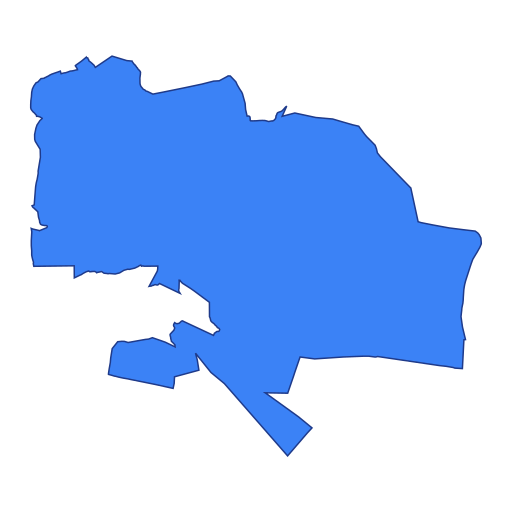 the district of Huixtán, Chiapas, Mexico
{"feature_id": "50627088B13883895679368", "entity_name": "Huixtán", "entity_type": "district", "adm_level": 2, "iso_a3": "MEX", "parent_name": "Mexico", "parent_adm1": "Chiapas", "projection": "robinson", "projection_center": [-92.432, 16.683], "detail": "fine", "context": "isolated", "style": "filled", "palette": "blue", "viewbox_px": 512, "rotation_deg": 0, "n_neighbors": 0, "source": "geoboundaries", "source_scale": "gbopen_adm2", "svg_char_len": 5864}
<svg xmlns="http://www.w3.org/2000/svg" viewBox="0 0 512 512"><path d="M228.1,75.9L227.2,76.5L219.2,80.8L213.7,81.1L201.9,84.1L184.9,87.7L161.7,92.4L152.9,94.1L147.3,91.4L146.1,91.1L145.8,90.9L144.9,90.0L143.4,89.3L143.0,89.0L142.7,88.5L142.0,87.7L140.9,86.4L140.4,85.1L140.1,84.1L140.0,83.1L139.9,78.1L140.3,74.9L140.4,74.6L140.4,74.0L140.5,72.7L140.5,72.2L140.1,71.3L138.8,69.8L138.2,69.2L137.7,68.7L137.4,67.9L136.7,67.4L136.4,66.7L135.9,66.0L135.2,65.4L134.9,64.7L134.1,64.2L132.2,61.6L132.1,61.1L126.8,60.6L112.0,56.1L95.3,67.4L94.1,65.3L91.5,62.9L88.8,60.7L88.6,59.5L88.1,59.0L87.7,57.9L86.1,57.6L86.1,57.3L81.4,61.2L75.8,65.2L75.3,65.8L76.7,67.8L77.4,69.1L77.5,69.7L75.9,70.0L74.1,70.5L72.2,70.9L70.2,71.1L67.3,72.2L65.4,72.8L64.2,72.9L63.4,73.1L61.1,73.7L60.3,71.1L58.2,71.9L54.6,73.1L53.8,73.4L53.0,73.7L52.0,74.0L51.4,74.3L49.7,75.1L48.9,75.7L48.2,76.0L47.7,76.4L47.0,76.6L45.6,77.4L44.9,77.6L44.3,78.2L43.9,78.2L43.0,78.4L41.0,78.6L37.9,82.0L36.0,82.8L33.8,86.0L32.4,89.0L31.7,92.3L31.4,96.9L30.9,100.5L30.7,104.6L30.7,107.9L31.2,109.5L33.1,111.9L34.1,112.7L34.7,113.3L35.7,114.5L36.4,115.2L36.6,116.3L37.7,116.3L39.9,116.9L42.2,118.3L42.2,118.5L39.9,120.6L37.0,125.0L35.9,128.3L34.6,134.6L34.7,139.4L35.3,141.4L40.1,149.2L40.2,150.0L40.4,157.3L38.1,171.1L38.2,173.0L38.0,174.5L37.4,177.9L37.1,179.6L36.6,181.4L36.2,183.2L35.9,185.0L35.6,186.9L34.2,204.9L32.0,205.8L32.6,206.9L33.2,207.6L33.7,207.9L34.1,208.2L34.4,208.7L34.7,208.9L35.0,209.0L35.3,209.5L35.9,209.9L36.5,210.6L36.8,210.8L37.8,211.8L38.5,217.2L39.6,220.9L39.6,222.1L40.0,223.0L40.5,224.2L40.8,224.4L41.6,224.8L41.9,225.0L42.3,225.1L43.0,225.2L43.3,225.3L45.2,225.6L45.5,225.5L46.6,225.6L47.0,225.8L47.3,226.3L47.3,226.6L47.1,227.1L46.7,227.7L39.4,230.7L39.1,230.5L32.7,229.0L31.2,228.4L31.8,231.7L31.3,240.7L31.3,245.6L31.4,247.0L31.7,250.7L31.7,255.1L32.1,257.2L32.7,259.7L33.5,262.2L33.3,263.5L33.3,263.8L33.8,266.3L74.2,265.8L74.3,277.9L80.1,275.1L81.4,274.6L82.8,273.6L84.8,272.5L86.4,271.7L88.7,271.0L89.8,271.8L91.0,271.7L91.3,271.7L91.7,271.5L93.0,271.5L93.9,271.4L94.9,271.5L95.8,271.9L96.7,272.8L97.5,272.4L100.1,271.9L101.1,271.6L101.6,271.6L102.1,271.9L102.4,272.1L104.0,273.2L106.9,273.5L107.8,273.7L108.0,273.6L108.6,273.7L109.3,273.5L115.2,274.0L119.6,272.9L123.9,270.3L127.8,269.2L129.3,269.4L134.8,268.1L138.4,266.4L138.6,266.2L139.5,265.6L140.8,265.1L141.5,266.2L142.9,265.9L144.0,266.2L157.8,266.1L157.7,269.1L157.3,271.1L149.1,286.3L149.5,286.2L149.9,286.3L150.2,286.1L150.6,286.1L151.1,286.1L151.7,285.9L152.0,285.6L152.3,285.5L152.5,285.5L152.9,285.3L153.6,285.3L154.2,284.9L154.5,284.7L155.2,284.7L155.5,284.6L155.8,284.7L156.4,284.9L157.1,285.0L157.6,285.0L158.2,284.7L159.5,283.5L180.1,293.4L179.4,292.2L178.9,291.6L178.7,290.2L178.7,289.6L179.0,288.5L179.2,281.5L179.2,281.2L179.1,280.6L179.1,280.2L180.0,280.3L180.6,281.3L182.4,283.2L190.2,288.2L194.1,290.9L209.4,302.3L209.5,316.8L209.9,317.4L210.3,318.7L210.6,320.1L210.8,320.8L211.6,321.8L212.5,322.6L213.5,323.3L214.0,323.7L214.6,324.3L214.8,324.7L215.6,325.5L216.3,326.0L216.6,326.3L216.8,326.6L217.0,326.9L217.2,327.4L217.7,327.8L218.2,327.9L218.6,328.1L219.0,328.4L219.7,329.4L219.7,329.7L219.2,330.9L218.8,331.3L218.1,331.5L217.6,331.4L217.1,331.4L216.5,331.7L216.1,332.0L215.8,332.3L215.5,332.5L214.9,333.0L214.5,333.1L214.3,333.5L213.5,335.4L183.1,321.2L182.9,321.0L182.6,320.9L182.2,320.9L181.4,321.2L180.0,322.5L179.3,323.2L177.1,323.7L175.7,323.4L174.7,322.6L174.1,323.5L173.5,325.1L173.8,326.3L174.4,327.2L174.7,328.0L174.5,328.6L174.1,329.6L173.9,330.2L171.7,332.5L170.1,334.3L170.1,335.1L170.2,335.8L170.6,337.1L170.7,338.1L170.7,338.4L171.3,340.7L171.3,341.1L171.6,341.4L172.1,342.0L173.3,343.1L174.2,344.1L174.9,344.8L175.1,346.9L165.3,342.2L160.8,340.6L152.4,337.7L148.5,339.1L145.5,339.4L142.6,339.9L128.1,342.5L124.5,341.4L121.9,341.3L117.7,341.7L112.2,348.6L110.7,358.0L110.3,362.6L109.2,368.8L108.5,373.4L108.5,374.4L112.5,375.5L114.0,376.0L114.9,376.2L115.7,376.3L118.6,377.1L123.3,378.1L128.0,378.9L130.7,379.5L155.5,384.5L173.1,388.4L174.2,383.3L174.5,376.8L198.9,370.2L197.3,360.1L195.5,353.2L211.0,372.5L224.4,383.6L287.6,455.9L307.3,433.0L312.0,427.9L299.7,417.8L299.0,417.2L265.2,392.8L287.7,393.2L293.6,376.0L294.6,372.9L299.4,358.9L300.1,357.0L314.7,358.9L343.1,357.0L355.5,356.5L363.4,356.2L368.8,356.2L375.0,357.0L375.7,357.0L376.2,356.9L376.5,356.8L377.0,356.7L377.6,356.5L439.6,365.6L446.1,366.3L453.2,367.5L454.8,368.1L462.4,368.6L463.0,357.1L463.9,339.8L465.5,339.6L462.5,327.1L461.0,316.6L461.7,310.4L461.9,307.9L462.1,307.0L462.3,305.9L462.9,303.1L463.0,301.9L463.2,300.1L463.3,297.5L463.8,289.9L464.2,287.2L464.7,284.4L465.6,280.9L466.4,278.4L469.6,268.5L470.4,266.0L470.9,264.6L471.0,264.2L472.2,260.9L472.8,259.3L475.2,255.3L477.1,252.2L480.0,247.0L481.2,244.1L481.2,243.4L481.3,243.3L480.9,238.0L479.2,234.7L477.8,233.0L475.2,231.1L463.3,229.7L449.0,227.9L432.6,224.9L421.0,222.6L418.1,221.7L410.8,187.9L410.5,187.7L380.4,156.7L377.4,152.9L376.4,148.6L375.1,145.2L366.6,136.6L364.5,134.1L358.7,126.2L352.6,124.8L340.8,121.4L332.7,119.0L315.8,117.5L294.8,113.0L282.2,116.3L286.6,106.4L286.8,106.1L285.6,107.0L284.8,107.9L284.2,108.6L283.5,109.4L282.8,110.1L282.3,110.6L281.7,111.1L281.1,111.4L278.5,112.3L278.1,112.5L277.7,112.7L277.4,113.0L277.0,113.6L276.8,114.3L276.7,114.5L276.5,115.1L276.1,115.7L275.9,116.2L276.0,117.1L275.8,117.5L275.7,118.1L275.5,118.6L275.2,119.0L274.8,119.4L274.4,119.9L273.7,120.5L273.2,120.6L272.7,121.0L271.9,120.9L271.5,121.0L270.8,121.1L270.1,121.2L269.5,121.4L268.5,121.5L266.5,120.9L264.9,120.5L263.8,120.5L262.5,120.4L260.6,120.5L259.8,120.5L256.1,120.8L252.1,120.9L251.0,120.8L250.5,120.8L250.2,120.4L250.2,119.1L250.0,117.1L249.5,116.4L248.6,116.0L247.1,116.1L245.6,109.5L245.1,103.3L242.5,93.9L241.7,92.1L239.7,89.1L237.2,84.8L235.9,81.9L235.0,80.9L230.3,76.0L228.1,75.9Z" fill="#3b82f6" stroke="#1e3a8a" stroke-width="1.5"/></svg>